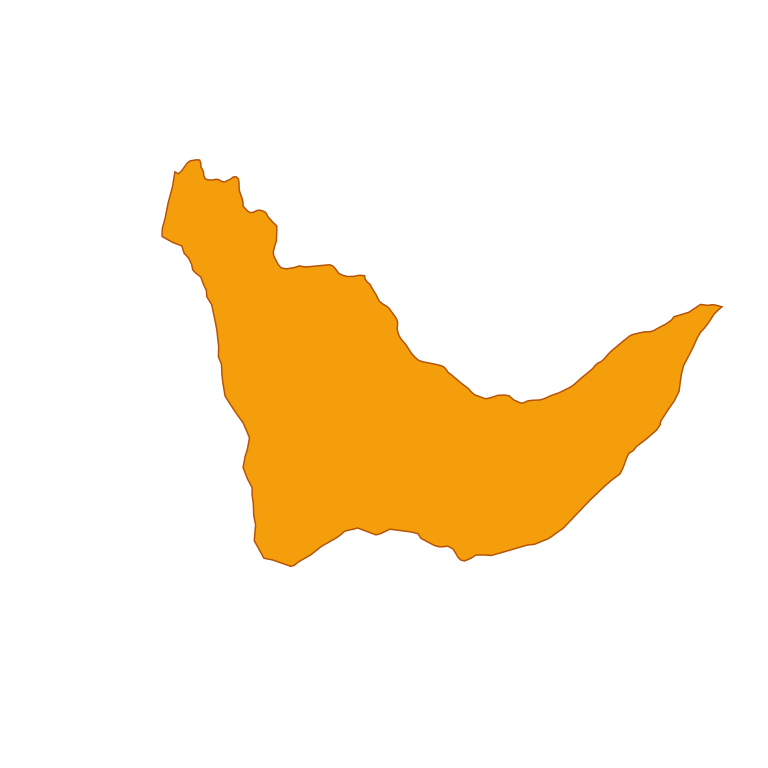 the district of Mendrelgang, Chirang, Bhutan, rotated 24°
{"feature_id": "84629894B69504897318329", "entity_name": "Mendrelgang", "entity_type": "district", "adm_level": 2, "iso_a3": "BTN", "parent_name": "Bhutan", "parent_adm1": "Chirang", "projection": "equal_earth", "projection_center": [90.11, 26.956], "detail": "fine", "context": "isolated", "style": "filled", "palette": "amber", "viewbox_px": 768, "rotation_deg": 24, "n_neighbors": 0, "source": "geoboundaries", "source_scale": "gbopen_adm2", "svg_char_len": 3938}
<svg xmlns="http://www.w3.org/2000/svg" viewBox="0 0 768 768"><g transform="rotate(24 384 384)"><path d="M345.2,592.0L353.5,590.1L372.9,588.5L375.9,586.1L377.8,582.0L381.2,577.2L386.2,570.5L393.0,557.6L399.4,548.9L402.5,544.8L405.2,540.4L407.9,534.5L410.9,532.1L415.9,528.5L418.3,526.3L438.0,525.1L441.3,522.5L448.5,514.2L462.0,510.2L469.0,508.1L475.9,506.9L480.6,510.0L489.4,510.6L496.0,511.0L500.9,510.2L505.2,508.1L508.2,506.1L514.3,506.7L520.1,510.7L522.2,512.3L526.0,513.6L529.7,512.8L534.4,507.7L537.5,502.9L545.2,499.4L551.8,497.0L564.3,486.5L580.6,472.7L586.6,469.3L597.0,458.5L599.4,454.7L604.0,446.8L606.2,443.3L619.2,406.9L626.7,388.6L630.6,380.1L634.3,373.4L635.9,370.8L636.3,367.8L636.4,362.7L635.7,352.6L635.9,347.7L638.8,343.5L640.0,338.5L646.1,327.4L651.7,315.3L652.9,309.0L651.9,305.6L653.9,292.6L656.1,280.9L656.5,270.4L654.6,264.3L651.7,254.0L650.2,245.4L650.7,237.3L651.4,226.1L651.4,214.4L652.2,207.7L654.1,202.3L655.8,194.6L657.1,185.9L659.3,180.2L661.3,176.0L653.6,177.3L651.0,178.4L648.0,180.4L640.8,182.6L633.2,194.6L621.5,204.7L620.7,208.4L619.0,211.5L617.2,214.4L615.1,217.1L613.0,219.7L611.0,222.3L609.0,225.1L606.7,227.4L604.0,228.9L601.1,230.2L598.5,232.0L595.9,233.9L593.4,235.9L590.8,237.9L588.7,240.4L587.2,243.6L585.5,246.6L584.0,249.7L582.5,252.8L580.9,256.0L579.4,259.1L577.9,262.3L576.7,265.6L575.7,269.0L574.6,272.4L573.1,275.4L570.8,277.9L569.4,281.1L568.5,284.6L567.1,287.8L565.6,290.9L564.0,294.0L562.4,297.1L560.9,300.2L559.5,303.5L558.1,306.7L556.5,309.7L554.5,312.4L552.3,315.0L550.1,317.8L546.8,321.5L544.1,323.9L541.7,326.2L539.5,328.6L537.3,331.2L535.0,333.5L532.5,335.4L529.7,336.8L526.8,338.2L524.1,339.7L521.5,341.6L519.5,344.2L516.9,345.7L513.8,345.8L509.1,345.8L503.0,343.9L498.5,345.1L492.5,348.1L490.3,350.2L487.9,352.3L485.4,354.4L482.8,356.2L471.8,357.0L468.8,356.4L465.9,355.3L463.1,353.9L454.5,351.9L444.5,349.0L441.2,348.0L437.8,347.3L435.2,345.6L432.4,344.3L429.3,344.0L426.3,344.4L423.3,345.0L420.4,345.7L417.4,346.3L414.4,347.0L411.5,347.7L408.4,348.2L405.4,348.2L402.5,347.3L399.6,346.2L396.8,344.9L394.1,343.2L391.5,341.5L388.8,339.7L386.1,338.2L383.2,336.9L380.4,335.5L377.9,333.5L375.7,331.1L373.6,328.4L372.5,325.1L371.2,321.8L368.9,319.4L366.3,317.7L363.5,316.1L360.8,314.6L358.1,312.9L355.2,312.0L352.1,311.6L349.1,311.2L346.2,310.3L343.7,308.4L341.2,306.2L338.6,304.4L336.0,302.6L333.3,300.8L330.9,298.8L326.9,297.5L324.0,295.8L322.2,292.9L317.3,294.7L312.0,298.3L306.5,300.8L301.6,301.5L297.4,301.3L295.1,299.8L292.4,298.3L289.5,297.1L286.5,297.0L283.7,298.3L281.0,299.9L278.2,301.4L275.5,303.0L272.8,304.5L270.0,306.1L267.3,307.6L264.5,309.0L261.6,309.9L258.6,310.5L255.3,313.6L252.1,315.8L248.7,318.1L245.1,319.4L242.1,319.5L238.7,317.8L235.8,315.6L233.3,313.6L230.9,311.4L229.1,308.4L228.5,304.9L227.9,301.0L227.5,297.1L223.5,287.0L221.7,283.2L216.9,281.5L210.1,278.5L206.0,275.3L202.7,275.3L199.6,275.7L197.1,277.5L194.9,280.1L192.4,281.8L189.4,281.6L185.7,280.1L182.9,278.7L181.4,275.6L179.5,272.8L176.7,269.9L173.9,267.0L172.3,264.7L169.5,258.8L167.7,256.0L164.7,254.8L162.2,256.1L160.5,259.2L158.3,261.8L156.1,264.3L153.2,265.0L150.2,264.5L147.3,265.3L144.7,267.2L140.0,269.2L137.0,269.1L134.6,267.0L133.0,263.9L130.7,261.8L128.3,259.9L126.8,256.7L124.5,254.4L121.6,255.4L119.0,257.1L116.2,258.9L114.6,261.7L113.7,265.3L113.0,268.8L112.2,272.3L110.8,275.5L106.7,275.3L110.5,289.6L113.1,306.2L116.6,321.5L118.2,332.0L121.2,339.5L133.5,340.6L143.1,340.1L148.3,345.9L154.0,348.3L159.3,352.6L162.9,357.6L167.1,359.3L173.0,360.7L177.8,365.7L183.6,370.7L186.7,376.4L194.3,381.6L204.3,395.4L209.3,402.6L213.0,409.0L217.7,417.0L221.6,426.4L227.5,432.1L232.0,441.1L235.3,446.8L240.1,454.2L243.7,459.6L248.5,462.9L259.8,470.2L271.2,476.9L279.3,484.3L283.1,488.1L285.7,499.1L286.7,507.1L289.2,517.6L297.9,526.2L305.6,532.3L308.7,539.1L313.3,546.5L318.4,556.9L321.0,560.6L324.0,564.9L329.2,579.9L345.2,592.0Z" fill="#f59e0b" stroke="#b45309" stroke-width="1.5"/></g></svg>